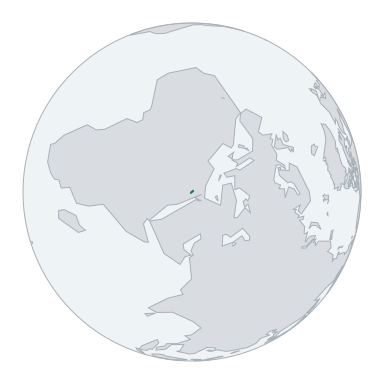 Suhaj on an orthographic globe, rotated 96°
{"feature_id": "EGY-1552", "entity_name": "Suhaj", "entity_type": "Governorate", "adm_level": 1, "iso_a3": "EGY", "parent_name": "Egypt", "parent_adm1": "", "projection": "orthographic", "projection_center": [31.858, 26.536], "detail": "fine", "context": "on_globe", "style": "filled", "palette": "green", "viewbox_px": 384, "rotation_deg": 96, "n_neighbors": 0, "source": "natural_earth", "source_scale": "10m", "svg_char_len": 10183}
<svg xmlns="http://www.w3.org/2000/svg" viewBox="0 0 384 384"><g transform="rotate(96 192 192)"><circle cx="192" cy="192" r="169" fill="#eef3f6" stroke="#a8b0b8"/><path d="M214.1,24.5L208.3,23.8L207.7,23.9L213.1,24.5L215.8,25.0L208.0,24.1L211.9,25.1L199.9,24.9L179.7,24.4L172.7,25.8L150.9,30.0L152.5,30.2L145.2,32.5L144.4,33.7L140.6,34.6L143.2,34.9L146.9,33.9L149.2,33.8L149.1,34.6L144.2,35.7L143.6,35.5L142.0,36.2L139.7,36.5L140.7,36.8L134.8,38.4L140.4,38.1L135.4,40.4L131.6,41.2L132.4,39.4L125.6,38.3L122.0,39.3L116.0,42.1L103.9,50.3L99.7,52.5L93.7,56.6L95.8,55.9L101.2,52.5L103.6,52.8L110.0,49.1L111.9,48.8L118.2,46.2L116.8,48.5L111.9,52.5L106.5,55.0L104.2,56.9L108.9,56.5L98.5,63.5L91.0,72.7L88.4,74.6L84.0,74.2L85.0,68.9L79.3,70.2L82.5,71.6L75.8,77.1L74.5,79.1L74.6,80.4L76.9,79.3L74.5,81.9L70.5,81.0L72.6,78.6L73.9,78.8L74.3,76.5L71.5,76.8L68.4,80.0L67.6,78.4L65.3,80.9L63.9,82.2L67.5,78.3L61.0,85.6L60.2,86.2L68.3,76.9L77.1,68.1L86.5,60.1L96.4,52.7L106.9,46.1L117.8,40.2L129.1,35.2L140.7,31.0L152.6,27.7L164.8,25.2L177.1,23.7L189.4,23.1L201.8,23.3L214.1,24.5ZM26.7,157.0L26.3,159.1L26.0,160.4L24.0,177.6L24.7,189.9L24.8,198.1L24.5,201.2L25.4,205.1L25.4,207.8L31.7,223.1L37.1,235.6L38.4,244.8L36.8,250.7L42.3,269.2L41.4,268.6L36.0,257.0L31.6,245.1L28.0,232.8L25.4,220.3L23.8,207.7L23.1,195.0L23.3,182.2L24.5,169.5L26.7,157.0ZM118.6,45.1L118.4,45.6L117.3,45.8L118.6,45.1ZM121.6,43.6L120.4,43.5L121.7,42.8L122.3,42.8L121.6,43.6ZM220.0,25.4L221.9,25.8L218.6,25.2L220.0,25.4ZM122.6,44.0L124.0,41.5L126.2,40.3L130.6,39.8L122.6,44.0ZM222.1,26.0L226.8,27.5L229.7,27.9L224.0,27.9L221.9,26.4L217.5,25.4L221.0,25.9L222.1,26.0ZM148.1,33.3L144.2,34.4L147.6,32.9L148.1,33.3ZM149.7,32.4L156.7,28.6L162.4,27.8L158.9,29.0L166.3,27.7L165.6,29.0L161.4,30.1L157.8,30.3L160.3,30.7L149.7,32.4ZM220.1,27.9L220.1,28.3L218.7,27.7L220.1,27.9ZM150.4,33.7L151.3,32.9L156.3,32.0L155.4,33.5L154.1,33.3L150.4,33.7ZM168.6,26.8L172.1,26.6L172.5,27.6L174.0,27.7L166.1,29.0L168.6,26.8ZM152.9,33.9L154.8,34.4L152.3,35.6L149.9,34.5L152.9,33.9ZM158.0,31.2L160.3,30.9L158.7,31.5L158.0,31.2ZM144.6,40.7L145.6,39.4L148.2,38.7L144.6,40.7ZM155.7,34.5L156.5,34.1L157.7,33.8L158.4,34.4L155.7,34.5ZM166.9,29.7L166.4,30.3L170.2,29.2L170.6,30.2L165.3,31.0L167.8,31.0L167.9,31.4L163.4,31.7L166.9,29.7ZM162.7,34.2L156.0,35.9L153.6,38.2L151.2,38.8L155.5,35.0L162.7,34.2ZM163.5,32.6L162.4,33.7L159.9,33.7L159.1,33.0L163.5,32.6ZM172.9,30.6L173.5,29.0L174.7,28.9L172.9,30.6ZM162.5,34.8L164.1,34.4L162.6,34.9L162.5,34.8ZM170.2,31.8L170.3,31.2L171.6,31.1L170.2,31.8ZM167.2,34.2L165.1,34.7L164.4,34.2L167.2,34.2ZM169.0,33.1L170.7,33.2L165.5,33.7L168.8,32.8L169.0,33.1ZM171.4,31.8L172.2,31.6L171.2,32.1L171.4,31.8ZM170.8,36.1L164.3,37.0L162.9,35.7L169.4,35.0L170.8,36.1ZM76.4,228.2L67.8,201.0L72.6,193.0L74.0,181.8L108.0,152.1L114.7,156.1L140.9,155.8L144.1,157.7L140.5,166.3L159.7,179.4L166.6,172.4L184.6,179.1L196.8,178.9L202.2,162.2L182.0,162.1L179.1,153.9L195.6,146.9L213.3,147.5L212.7,144.3L202.0,137.6L206.5,131.8L198.3,134.9L201.3,138.0L196.3,140.2L193.2,137.6L194.9,135.5L189.8,134.1L182.9,145.2L185.2,149.6L171.3,151.2L173.8,158.9L169.9,162.2L164.2,150.6L165.1,146.4L154.2,133.6L152.0,138.0L162.1,150.6L158.7,149.4L155.8,156.2L155.4,150.2L144.9,136.0L132.6,137.1L116.2,151.9L109.2,151.9L103.8,147.0L110.6,130.3L125.4,132.3L128.0,127.2L125.7,118.6L130.4,120.1L131.3,117.1L137.0,117.7L145.7,111.5L151.6,111.5L155.7,102.7L159.3,101.7L155.8,107.1L156.5,111.1L171.2,112.0L174.3,110.2L175.8,104.6L179.6,105.9L179.2,100.4L188.0,98.7L176.9,96.4L178.3,90.6L184.0,86.4L182.5,84.3L173.3,91.2L171.4,94.4L172.9,97.7L166.1,107.0L160.9,108.2L160.5,97.5L153.1,98.3L156.1,90.2L179.2,75.5L188.5,73.2L202.4,81.0L199.8,84.4L193.6,83.2L198.7,89.4L198.6,86.4L201.8,87.7L204.0,83.0L206.4,83.8L204.4,78.3L207.6,78.7L208.7,82.1L214.7,76.3L221.4,76.2L221.6,74.6L219.9,72.9L229.6,74.3L229.4,73.1L226.1,72.1L223.4,69.2L222.4,64.7L225.8,65.5L226.6,67.2L233.5,72.2L235.1,77.0L236.4,76.9L235.8,72.9L227.4,66.8L225.9,63.9L230.3,66.3L228.5,65.2L228.8,64.1L232.3,63.7L227.7,61.0L226.3,49.1L232.9,47.9L237.0,51.0L239.6,45.1L246.9,45.2L243.8,44.1L243.0,41.2L240.7,41.1L239.2,40.5L236.1,34.3L238.1,33.8L233.3,30.9L231.7,30.5L230.0,30.6L224.0,27.9L229.7,27.9L233.0,28.7L234.3,28.6L241.6,30.8L248.2,32.9L255.3,36.1L260.0,37.8L260.0,37.6L266.2,40.3L279.2,47.3L268.7,42.4L249.3,34.3L257.2,37.4L255.4,37.1L258.3,38.6L263.9,41.1L264.5,41.0L273.5,48.9L287.0,58.6L286.0,55.7L289.5,57.1L304.0,68.0L321.3,89.6L326.1,93.5L329.2,97.3L331.0,101.6L326.6,96.0L324.8,95.8L322.0,92.2L323.5,97.9L319.6,93.2L322.6,100.3L326.0,103.2L326.1,99.6L330.4,108.4L335.8,112.5L340.9,120.7L346.9,140.7L346.4,150.3L347.3,153.5L344.7,152.2L344.9,160.5L352.4,172.8L353.4,177.6L352.0,190.8L351.3,187.4L344.6,184.2L345.9,196.4L351.1,201.8L353.0,211.4L350.1,211.1L347.9,202.8L345.5,201.3L344.3,191.0L338.9,178.2L335.8,183.9L334.3,177.9L326.3,168.8L321.0,176.8L313.6,198.7L315.5,214.5L311.7,223.3L300.0,204.6L294.8,190.2L290.5,193.2L278.5,183.3L257.6,187.7L254.7,184.1L250.7,186.9L242.3,184.2L237.8,178.1L232.6,179.3L244.6,195.3L250.1,194.0L254.8,186.3L257.1,192.3L265.3,196.3L256.1,213.4L225.2,231.1L222.3,219.4L199.2,187.4L200.0,183.6L199.9,183.2L199.6,182.4L197.4,188.7L193.4,182.2L205.7,205.1L207.7,214.9L224.8,231.8L223.2,233.8L228.7,237.0L246.5,230.2L246.6,234.2L238.1,253.3L213.5,278.9L216.9,293.6L215.2,305.7L200.1,314.1L201.7,322.5L193.9,325.6L193.6,330.1L187.5,334.7L177.2,338.7L159.4,337.6L158.1,333.8L148.9,325.2L136.1,303.2L140.3,293.6L138.7,285.2L125.8,264.4L128.6,253.8L125.2,248.5L118.2,248.4L114.4,242.0L110.1,241.0L84.1,238.3L76.4,228.2ZM95.8,169.3L94.8,172.6L95.8,169.3ZM231.9,156.9L242.6,156.3L237.9,146.3L241.6,145.5L238.7,142.6L237.5,145.7L230.3,137.7L235.0,134.2L233.8,129.8L230.1,129.9L222.8,137.8L233.0,148.9L230.5,153.5L231.9,156.9ZM26.3,159.2L25.9,161.8L26.0,160.6L26.3,159.2ZM33.7,132.8L32.9,135.4L33.3,134.1L33.7,132.8ZM76.1,77.1L76.3,77.3L75.8,78.9L75.0,79.0L76.1,77.1ZM80.4,82.6L76.5,86.7L78.7,83.6L76.7,84.1L78.8,78.7L87.2,75.3L83.0,77.7L80.4,82.6ZM83.9,71.2L81.6,74.6L83.8,71.0L83.9,71.2ZM130.7,101.3L132.3,103.6L129.8,106.8L122.3,107.9L125.9,103.2L130.7,101.3ZM135.3,106.2L137.0,95.9L141.7,95.2L138.8,97.2L141.7,97.8L137.8,101.3L140.6,111.2L138.5,114.8L125.9,114.2L131.2,112.2L129.2,110.0L135.3,106.2ZM133.2,75.0L134.0,71.7L143.2,74.2L141.3,77.1L133.8,78.1L131.5,75.4L133.2,75.0ZM130.0,43.9L129.8,43.3L131.1,42.8L132.5,43.0L130.0,43.9ZM144.8,40.1L132.7,46.6L131.7,46.1L125.7,51.1L121.0,51.8L125.0,48.4L116.8,53.0L118.5,50.3L113.3,53.7L122.8,46.1L124.0,44.2L124.5,46.0L128.8,45.3L131.1,44.4L138.4,40.7L143.2,36.7L148.3,35.8L150.6,36.3L150.3,37.1L147.1,37.3L148.9,38.2L144.0,39.3L144.8,40.1ZM175.0,47.8L171.4,46.8L174.2,50.8L169.3,51.0L169.9,51.5L166.2,52.9L162.7,55.6L160.6,55.3L160.1,56.5L157.6,57.6L156.3,59.3L152.0,59.5L150.1,61.6L149.2,60.6L147.0,64.2L146.7,61.7L143.4,63.2L145.4,64.8L125.4,64.4L117.2,66.9L110.6,70.6L110.9,66.3L117.4,60.4L126.7,54.8L134.5,53.3L133.2,51.9L136.6,50.9L136.2,52.4L138.9,49.5L141.5,49.1L149.7,45.5L152.0,42.0L155.0,40.8L155.5,42.0L158.2,40.0L161.2,41.6L163.4,40.9L168.6,41.9L168.2,45.0L170.7,44.0L174.8,45.0L175.0,47.8ZM172.1,36.5L172.7,39.6L170.4,41.5L162.4,39.0L159.9,39.4L154.7,38.3L158.2,35.8L159.4,36.3L161.4,36.3L159.5,37.0L162.5,36.4L164.2,37.1L166.9,36.9L166.4,37.9L172.1,36.5ZM148.1,154.7L150.6,155.4L154.7,155.4L152.9,159.8L148.1,154.7ZM140.7,145.1L143.1,144.8L142.5,150.7L139.9,150.2L140.7,145.1ZM144.8,139.9L143.2,144.4L142.5,141.7L144.8,139.9ZM158.0,106.6L160.6,106.2L160.7,107.5L159.1,109.4L158.0,106.6ZM182.2,61.5L180.5,60.2L181.4,59.6L180.9,55.9L184.5,55.7L186.2,57.9L182.2,61.5ZM198.5,165.1L194.7,168.4L193.0,166.8L194.6,166.0L198.5,165.1ZM172.5,164.5L178.3,166.8L172.0,165.7L172.5,164.5ZM186.0,60.6L185.4,59.1L187.6,60.0L186.0,60.6ZM187.1,55.4L189.7,56.1L184.9,55.3L187.1,55.4ZM259.3,345.2L259.9,345.5L257.5,346.4L259.3,345.2ZM244.1,300.7L232.3,321.8L224.3,322.7L222.9,317.3L227.4,305.0L236.7,300.4L241.2,294.0L244.1,300.7ZM358.4,221.4L358.2,222.4L358.5,220.4L358.6,220.0L358.4,221.4ZM358.2,222.0L354.7,230.0L352.9,231.3L353.7,228.0L356.7,223.5L358.2,222.0ZM353.5,228.2L350.1,225.7L342.4,211.2L345.3,209.2L352.7,215.1L352.3,217.7L354.4,220.5L353.5,228.2ZM360.2,202.9L359.7,210.1L358.2,214.0L357.3,214.9L356.7,207.8L357.0,202.6L357.9,201.1L359.2,179.9L360.0,181.3L360.2,189.4L360.7,193.4L360.2,202.9ZM316.3,215.7L320.2,223.4L317.8,226.0L316.3,215.7ZM358.0,167.1L358.6,176.1L357.5,165.2L358.0,167.1ZM356.3,157.8L357.1,160.8L356.3,158.8L356.3,157.8ZM348.8,157.9L348.0,160.4L347.2,158.2L347.7,153.7L348.8,157.9ZM344.8,127.8L347.8,134.3L348.7,136.8L346.8,133.7L344.8,127.8ZM215.8,59.7L212.5,64.7L212.5,68.9L216.2,71.8L209.5,70.2L209.5,63.7L215.8,59.7ZM224.7,50.2L221.4,48.2L223.7,48.0L224.8,48.4L224.7,50.2ZM222.1,49.7L216.4,49.4L215.1,47.6L219.9,48.2L222.1,49.7ZM201.2,54.3L199.9,55.7L198.2,54.9L201.2,54.3ZM360.1,208.8L360.5,203.5L360.9,194.3L360.9,189.8L360.9,187.5L360.9,189.7L360.9,193.6L360.9,196.9L360.9,196.4L360.1,208.8ZM359.7,171.8L359.3,169.1L359.6,173.0L358.2,161.8L358.7,164.7L359.7,171.8ZM358.1,162.3L358.5,165.8L357.6,159.7L358.1,162.3ZM358.2,164.4L357.3,160.8L357.5,160.0L358.2,164.4ZM358.1,161.6L356.6,154.9L357.4,158.0L358.1,161.6ZM355.1,153.0L356.8,156.3L356.0,157.4L352.2,145.4L352.2,143.6L355.1,153.0ZM331.5,98.0L329.4,95.3L328.4,93.3L330.1,95.7L331.5,98.0ZM323.1,85.5L327.4,92.0L330.5,97.8L331.2,98.2L335.1,104.2L332.0,100.7L327.2,92.9L325.5,89.5L321.9,85.0L318.6,80.6L314.1,76.0L311.5,73.2L315.1,76.5L323.1,85.5ZM312.2,74.2L303.1,65.9L302.8,64.8L304.7,66.3L309.0,70.5L308.9,70.8L312.2,74.2ZM300.8,63.7L300.6,64.1L287.0,55.5L284.0,53.5L294.2,58.8L294.6,59.5L298.0,62.0L300.8,63.7ZM221.9,28.5L220.3,28.3L221.3,28.2L221.9,28.5ZM238.0,40.5L236.1,39.6L237.3,39.2L238.0,40.5ZM231.5,36.9L231.4,37.9L230.1,36.6L231.5,36.9ZM231.5,40.4L230.7,38.2L233.5,40.8L231.5,40.4Z" fill="#d9dde1" stroke="#a8b0b8" stroke-width="1"/><path d="M193.1,193.2L192.9,193.1L192.8,192.9L192.7,192.9L192.6,193.0L192.4,193.0L191.1,191.8L190.9,191.6L190.5,191.1L190.8,191.0L190.8,190.9L191.0,190.8L191.1,191.0L191.3,191.1L191.8,191.4L191.9,191.5L192.0,191.6L192.1,191.8L192.2,192.1L192.3,192.3L192.5,192.4L192.5,192.5L192.8,192.6L192.9,192.8L193.2,193.1L193.1,193.2Z" fill="#22c55e" stroke="#15803d" stroke-width="1.5"/></g></svg>